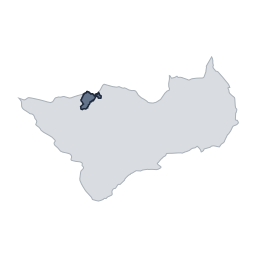 Bangassou, Mbomou, Central African Republic shown in context, rotated 182°
{"feature_id": "33826404B81358030227477", "entity_name": "Bangassou", "entity_type": "district", "adm_level": 2, "iso_a3": "CAF", "parent_name": "Central African Republic", "parent_adm1": "Mbomou", "projection": "albers", "projection_center": [23.188, 5.123], "detail": "fine", "context": "in_parent", "style": "filled", "palette": "slate", "viewbox_px": 256, "rotation_deg": 182, "n_neighbors": 0, "source": "geoboundaries", "source_scale": "gbopen_adm2", "svg_char_len": 6314}
<svg xmlns="http://www.w3.org/2000/svg" viewBox="0 0 256 256"><g transform="rotate(182 128 128)"><path d="M181.0,93.2L183.5,93.8L183.9,94.6L183.3,97.1L183.7,98.6L185.1,100.0L186.6,100.5L187.9,100.8L192.7,101.7L194.7,102.6L197.3,105.5L200.5,108.2L201.3,109.6L201.2,110.9L200.2,112.4L200.4,113.1L201.9,114.6L203.6,116.2L206.8,118.0L212.2,120.8L214.8,122.7L215.6,124.1L217.0,125.6L219.0,127.0L220.3,128.1L219.4,131.2L219.7,132.2L220.2,133.0L221.3,134.2L221.8,135.8L222.9,137.7L224.3,138.6L226.5,138.9L227.7,139.8L230.2,141.3L232.6,142.7L233.7,143.6L234.3,144.4L234.8,145.3L235.1,146.3L235.2,148.4L235.6,151.0L236.9,152.7L238.1,154.0L233.2,152.5L232.5,152.5L231.6,152.8L229.1,154.6L228.2,154.9L225.0,154.5L217.2,153.1L211.2,151.7L209.4,151.2L206.2,150.7L204.1,151.7L202.1,155.0L201.5,155.6L198.4,156.6L196.9,156.4L193.3,157.3L187.7,155.9L185.7,156.2L184.2,156.9L180.1,158.4L177.7,159.2L174.9,160.0L172.2,161.2L170.4,161.9L168.6,161.9L167.0,161.2L165.3,160.6L163.2,160.5L161.0,160.8L159.1,162.1L158.4,163.1L156.8,165.6L154.9,169.6L154.1,170.4L153.4,170.9L144.7,168.8L140.9,168.4L138.4,169.0L135.2,167.8L133.8,167.6L133.2,168.0L131.4,167.5L128.5,166.1L125.7,165.5L123.3,165.7L121.7,165.2L120.5,163.8L119.0,161.4L116.1,158.9L112.3,156.9L110.0,155.4L109.0,154.4L107.0,153.9L103.8,153.8L100.8,154.7L96.4,157.7L92.4,164.0L90.1,166.4L88.3,167.0L87.9,168.5L88.7,170.9L88.9,173.7L88.3,178.4L88.5,181.8L87.5,181.3L86.6,179.6L86.2,179.3L83.5,180.0L82.1,180.7L81.4,181.3L80.8,181.4L80.0,180.5L79.3,180.3L78.3,180.5L77.2,180.5L76.5,180.3L76.1,180.4L74.8,179.9L70.2,178.5L69.5,178.1L68.5,178.1L66.2,179.3L64.9,179.6L61.1,180.2L57.0,180.5L55.5,180.5L54.4,181.0L53.7,181.8L52.4,186.1L52.1,186.8L52.1,187.9L51.7,191.4L51.9,192.5L46.9,202.0L46.1,200.4L45.6,198.5L45.5,196.4L45.6,195.8L45.3,195.2L44.9,193.4L45.3,192.3L45.0,191.1L44.1,190.0L43.2,189.1L42.7,188.2L42.3,187.9L41.4,187.8L40.1,187.3L34.8,181.7L29.2,175.3L28.1,173.2L27.7,172.0L29.1,171.9L29.4,171.7L29.4,171.1L28.6,169.5L28.2,167.4L27.6,166.2L25.4,164.2L23.3,162.7L22.6,162.0L22.3,160.9L21.6,154.0L21.2,152.1L20.6,151.2L20.1,150.8L19.9,150.4L20.0,149.1L20.3,148.1L20.3,147.6L20.9,146.7L21.0,140.4L20.3,139.5L19.1,139.5L18.4,138.5L17.9,137.4L18.1,136.6L19.3,135.3L20.1,134.8L22.5,133.8L23.2,133.3L23.6,132.7L23.9,131.9L25.3,128.7L27.4,125.5L28.3,124.8L30.4,120.1L30.9,118.9L31.3,117.6L32.0,116.7L34.2,115.1L36.0,112.3L37.8,112.5L39.7,112.9L42.1,113.2L44.1,112.7L45.3,111.6L51.2,109.7L51.7,108.2L52.6,107.4L53.7,106.7L54.1,106.7L54.2,107.2L54.8,108.7L56.1,110.3L58.1,112.1L58.6,112.0L59.9,110.7L63.0,109.9L63.7,109.5L65.9,107.7L68.6,106.5L70.1,106.1L72.8,104.8L74.7,105.0L77.7,104.8L82.8,104.3L86.4,104.1L88.3,103.9L88.7,103.6L89.4,101.8L90.0,101.3L91.4,100.5L94.1,97.8L95.9,95.5L96.4,94.7L96.8,94.5L97.5,93.6L96.8,92.5L93.8,90.5L93.8,90.2L93.7,89.8L93.8,89.5L95.0,88.7L96.5,87.8L98.2,87.4L102.5,87.5L106.2,87.3L107.0,87.4L109.9,86.9L111.9,86.5L113.9,85.5L118.4,85.6L122.2,83.1L123.3,82.7L123.8,82.3L123.9,81.9L125.7,80.9L127.7,78.9L129.3,77.0L129.7,75.7L134.0,71.3L135.5,71.4L136.3,70.8L138.0,67.9L138.5,67.3L140.3,66.8L141.1,65.9L141.8,64.6L141.8,63.0L141.5,61.7L141.5,61.1L141.9,60.5L142.6,60.0L145.9,58.4L146.7,57.6L147.2,56.9L148.1,56.8L149.1,56.9L149.7,56.4L150.4,55.7L152.7,54.7L154.8,54.0L157.0,54.3L161.0,55.3L162.1,57.4L162.7,58.1L167.6,63.1L168.6,64.3L171.0,67.9L172.5,70.4L174.2,73.9L174.4,75.8L174.2,77.5L173.8,82.1L173.4,83.5L171.2,86.0L171.1,87.1L171.6,88.0L172.2,88.4L172.6,88.9L172.4,91.0L173.2,91.9L174.8,92.5L178.9,92.8L181.0,93.2Z" fill="#d9dde1" stroke="#a8b0b8" stroke-width="1"/><path d="M169.6,146.6L169.5,146.9L169.3,147.0L169.2,147.0L169.3,147.2L169.3,147.3L169.1,147.5L169.0,147.9L169.0,148.0L168.8,148.1L168.6,148.3L168.4,148.7L168.3,148.9L168.3,149.0L168.2,149.3L168.2,149.6L168.3,149.7L168.3,149.8L167.6,150.2L167.4,150.4L167.0,151.3L166.9,152.0L166.8,152.6L166.7,152.6L166.5,152.8L166.4,152.7L166.3,152.3L166.3,152.5L166.2,152.8L165.7,152.9L165.4,152.9L165.3,153.2L165.4,153.5L164.9,153.8L164.8,154.1L164.4,154.0L164.1,154.4L163.9,153.9L163.6,154.0L163.3,154.4L163.2,154.9L163.1,155.0L162.8,155.3L162.8,155.6L162.4,155.9L162.3,156.2L162.1,156.5L161.9,157.0L161.6,157.5L161.7,157.8L161.7,158.0L161.3,158.2L161.1,158.2L160.9,158.5L161.0,158.7L161.0,158.9L160.8,159.1L160.6,158.8L160.2,158.6L159.8,158.5L159.5,158.5L159.2,158.1L159.2,157.8L158.9,157.4L158.6,156.8L156.2,156.8L155.9,158.0L156.0,159.2L156.7,159.6L157.3,159.8L157.4,160.2L158.1,160.9L157.9,161.1L157.9,161.4L158.3,161.8L158.3,162.1L158.8,162.5L159.0,162.1L159.2,161.8L159.4,161.4L159.6,161.0L159.7,160.8L159.8,160.8L159.9,160.7L160.0,160.8L160.3,160.8L160.4,161.0L160.5,161.1L160.8,161.1L161.0,161.0L161.0,160.9L161.0,160.7L161.3,160.4L161.5,160.4L161.5,160.2L161.4,160.1L161.3,159.9L161.3,159.7L161.5,159.4L161.6,159.2L161.8,159.2L162.0,159.3L162.3,159.3L162.3,159.2L162.6,159.0L162.6,158.9L162.8,158.9L162.9,159.0L163.0,159.1L163.1,159.3L163.1,159.5L163.3,159.7L163.3,159.8L163.3,160.0L163.5,160.3L163.8,160.4L164.0,160.4L164.0,160.5L164.3,160.6L164.5,160.8L164.7,161.0L164.8,161.0L165.0,161.0L165.3,161.0L165.4,160.9L165.5,160.8L165.7,160.7L165.8,160.7L166.0,160.6L166.3,160.6L166.5,160.8L166.7,161.0L166.8,161.2L166.8,161.3L167.0,161.4L167.1,161.5L167.3,161.7L167.5,161.7L167.8,161.7L167.8,161.8L167.9,162.0L167.9,162.3L168.0,162.4L168.3,162.3L168.4,162.5L168.5,162.6L168.8,162.8L169.0,162.8L169.0,162.7L169.3,162.7L169.4,162.8L169.5,162.8L169.6,163.0L169.8,163.1L170.0,163.0L170.3,163.1L170.5,163.0L170.6,162.9L170.6,162.7L170.6,162.4L170.5,162.2L170.7,161.9L170.8,161.9L171.0,161.8L171.0,161.7L171.3,161.6L171.5,161.6L171.8,161.6L172.0,161.4L172.3,161.3L172.5,161.2L172.7,160.9L172.8,160.9L172.9,160.7L173.0,160.6L173.2,160.4L173.3,160.3L173.3,160.2L173.5,160.2L173.7,160.3L173.8,160.2L173.7,159.7L173.9,159.4L173.8,159.2L174.0,159.0L174.0,158.7L174.2,158.4L174.4,157.9L174.6,157.5L174.6,157.1L175.0,156.7L175.2,156.3L175.2,155.8L175.4,155.3L176.0,154.6L176.0,154.2L175.9,153.9L175.7,153.3L175.0,152.7L174.3,151.8L174.0,151.0L173.6,150.7L173.3,150.4L176.1,147.8L176.0,147.4L175.9,147.0L175.8,146.5L175.8,145.5L175.4,145.1L174.9,145.0L174.3,145.0L174.1,144.9L173.9,145.3L173.5,145.5L173.0,145.5L172.8,145.7L171.8,145.7L171.2,145.5L170.9,145.5L170.6,145.8L170.4,146.0L170.1,146.0L169.9,146.3L169.8,146.6L169.6,146.6Z" fill="#64748b" stroke="#1e293b" stroke-width="1.5"/></g></svg>